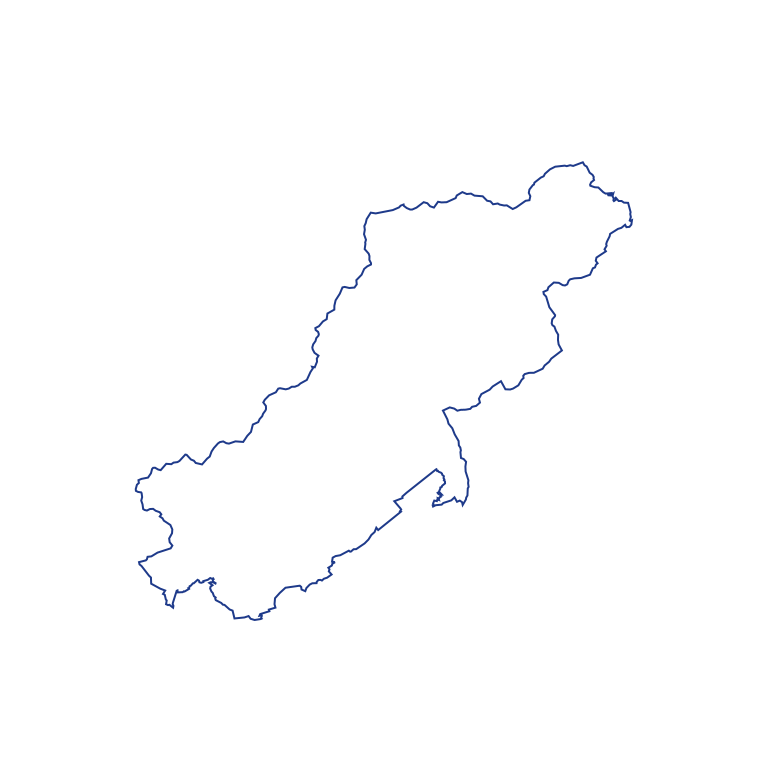 Manastirea Casin, Bacau, Romania, rotated 155°
{"feature_id": "2599482B49837336791964", "entity_name": "Manastirea Casin", "entity_type": "district", "adm_level": 2, "iso_a3": "ROU", "parent_name": "Romania", "parent_adm1": "Bacau", "projection": "robinson", "projection_center": [26.602, 46.097], "detail": "fine", "context": "isolated", "style": "outline", "palette": "blue", "viewbox_px": 768, "rotation_deg": 155, "n_neighbors": 0, "source": "geoboundaries", "source_scale": "gbopen_adm2", "svg_char_len": 6140}
<svg xmlns="http://www.w3.org/2000/svg" viewBox="0 0 768 768"><g transform="rotate(155 384 384)"><path d="M335.1,535.4L336.2,531.9L338.8,528.2L339.4,522.3L341.3,520.1L341.6,518.9L344.5,514.4L342.8,508.6L343.1,506.1L344.8,502.7L344.7,499.0L345.3,497.8L349.4,497.7L353.3,496.7L358.1,492.5L365.2,489.8L366.6,485.8L370.0,483.9L374.9,485.7L378.6,488.6L380.8,489.1L385.9,484.5L392.5,480.3L395.9,475.9L397.6,472.4L405.5,471.8L408.5,467.0L412.9,466.5L418.5,463.9L422.6,463.7L423.1,461.8L421.7,459.1L422.0,456.7L423.0,455.5L426.0,454.2L427.9,451.9L431.4,449.9L433.5,447.5L434.0,445.5L433.8,441.6L431.4,437.3L434.1,435.5L435.3,432.5L439.7,428.4L441.9,430.0L441.9,428.2L445.5,426.0L452.2,420.3L459.6,419.8L462.2,419.0L466.0,419.2L468.8,420.5L472.2,420.1L475.3,420.7L480.0,424.1L481.8,424.5L485.5,422.2L492.9,422.3L498.7,420.1L501.2,418.3L500.3,414.0L501.5,411.2L502.6,410.1L506.1,408.2L508.0,406.3L511.5,404.8L514.1,402.6L520.0,402.7L524.8,396.8L529.8,394.8L536.1,391.0L542.9,394.8L549.7,395.5L551.9,397.0L554.0,399.9L557.3,400.7L559.6,400.3L565.2,397.9L568.8,395.7L572.6,391.9L575.9,391.1L582.9,388.0L588.0,392.0L588.7,394.8L590.9,397.2L592.8,403.2L593.9,404.0L601.9,400.7L604.2,400.5L608.0,401.7L610.6,401.2L615.1,403.7L622.8,400.3L624.8,401.9L626.9,404.9L628.7,405.6L630.1,405.0L632.9,401.6L637.4,398.9L643.9,400.5L647.2,400.6L648.0,397.9L650.5,397.1L653.4,393.7L654.0,392.0L652.5,390.1L649.9,388.4L649.8,387.5L651.0,383.7L653.3,380.9L653.7,377.0L655.1,372.5L654.2,371.0L652.3,369.5L649.0,369.6L646.0,368.4L644.5,365.6L641.5,362.6L640.9,360.0L643.2,358.7L641.5,355.9L641.3,353.2L637.2,346.5L637.3,341.7L639.2,338.3L644.0,334.8L645.1,331.2L644.1,327.0L646.8,325.2L660.5,326.9L667.7,326.1L671.3,327.3L673.0,325.3L674.4,324.8L681.3,326.1L681.8,323.8L680.7,321.6L678.0,309.6L677.0,307.1L679.4,301.4L673.3,293.1L669.6,289.3L673.0,287.1L671.8,285.6L672.8,280.8L672.4,279.7L674.6,276.5L673.2,274.9L671.8,274.6L669.7,270.4L668.6,271.9L668.5,273.9L667.8,274.9L659.3,284.2L658.4,284.2L659.0,282.3L654.4,280.4L653.0,280.7L652.5,280.2L647.3,280.7L647.5,281.6L646.8,281.5L645.6,282.9L644.5,282.8L641.4,284.1L640.6,283.8L635.7,285.3L634.8,284.0L635.1,282.3L633.7,281.1L631.4,280.8L631.1,281.7L626.4,281.0L623.5,281.6L622.2,280.1L621.0,280.1L620.9,279.1L621.7,278.9L622.6,277.5L620.8,274.7L621.1,274.4L622.6,276.5L624.9,277.6L626.4,277.6L624.5,274.1L626.9,273.6L628.0,272.1L628.1,268.8L627.5,267.1L627.8,263.5L626.8,261.6L627.7,260.8L627.8,259.2L624.0,254.3L623.3,252.1L621.9,251.2L619.2,244.9L617.0,242.6L618.6,234.7L609.1,231.4L604.8,230.9L604.1,227.6L601.0,224.8L595.1,223.1L594.1,223.1L594.3,223.8L592.7,225.5L592.6,226.1L594.8,226.6L593.4,227.8L583.9,226.5L583.7,228.2L576.9,227.2L576.3,230.7L573.3,235.9L566.7,238.7L559.4,241.0L545.6,236.8L544.8,235.1L545.6,232.6L542.9,229.5L540.5,231.9L536.1,233.6L533.2,233.7L529.3,232.0L528.6,233.1L526.3,234.1L524.2,233.2L523.3,232.1L520.8,232.9L517.4,232.5L512.0,233.5L513.2,237.5L511.7,239.1L512.1,241.0L508.0,241.5L506.8,242.9L504.5,243.1L504.4,243.7L506.2,244.9L503.9,248.3L500.6,248.5L496.0,247.3L486.3,247.8L485.6,246.4L484.8,246.1L481.4,247.1L479.0,246.1L469.0,247.7L463.8,249.6L459.3,252.5L455.1,253.8L451.7,257.0L451.0,254.1L422.7,261.1L423.3,261.9L421.5,262.9L421.6,264.1L424.2,273.4L415.4,272.8L414.9,274.3L409.5,275.9L373.1,284.6L372.5,284.6L372.6,282.7L371.8,282.5L371.6,281.4L369.8,279.5L369.3,278.3L369.6,277.2L368.7,275.1L369.8,273.6L369.6,272.0L370.4,271.5L369.9,270.0L370.7,268.1L374.3,267.2L375.2,266.3L376.7,266.4L377.0,265.6L380.0,262.9L381.4,262.7L381.1,261.4L379.3,262.0L378.4,259.4L378.8,259.6L379.1,258.8L379.7,259.4L379.6,258.9L380.3,258.7L380.3,257.8L381.7,257.7L382.4,256.9L383.3,257.7L383.3,255.7L384.5,256.8L385.6,255.5L387.7,257.1L390.0,255.0L390.0,253.8L391.1,253.6L391.3,252.2L388.4,252.3L382.7,250.3L380.5,251.1L372.2,250.1L368.0,251.5L367.6,246.4L364.6,246.3L363.2,243.9L363.8,241.1L358.6,244.7L357.5,246.3L355.5,247.7L352.2,254.0L350.8,255.0L349.7,258.6L348.2,261.1L347.0,270.2L345.1,274.8L342.5,278.8L343.5,282.3L345.5,284.4L343.5,290.0L342.4,291.3L341.7,294.1L342.1,296.7L340.5,300.8L341.2,308.5L340.8,315.0L342.3,320.8L341.5,325.1L341.8,335.0L334.3,335.0L330.7,332.0L328.8,328.8L325.5,328.2L320.8,326.2L316.3,325.0L313.8,326.1L309.7,325.2L304.9,326.6L304.2,330.5L300.0,333.7L290.6,334.2L286.6,335.8L276.8,337.1L276.2,327.9L272.0,325.7L269.0,325.3L262.8,326.0L257.3,329.7L255.0,330.4L254.3,332.6L252.3,333.5L247.8,332.8L243.4,330.8L233.7,330.8L230.6,332.9L224.9,334.4L221.7,336.3L208.6,339.2L209.0,346.1L207.7,350.4L205.3,355.1L205.7,359.6L205.3,364.0L206.5,366.1L206.4,368.1L204.2,371.5L200.5,373.1L199.8,374.1L201.7,383.7L200.1,394.7L201.2,397.9L200.6,400.1L196.2,400.0L194.1,402.2L187.2,404.2L182.8,401.8L180.3,398.1L178.3,396.8L175.8,396.9L173.0,399.5L171.0,400.2L166.8,399.3L160.5,396.8L151.1,396.0L145.8,400.6L143.5,400.5L141.4,402.6L139.4,403.1L140.0,406.2L138.0,408.8L126.8,410.5L127.2,412.9L123.8,415.2L123.5,416.9L121.9,418.7L117.1,422.5L115.6,424.5L106.4,425.7L102.9,425.2L98.2,426.4L98.0,423.7L95.1,422.7L92.5,423.9L90.0,427.7L91.8,427.7L92.2,428.3L89.7,431.0L89.0,434.0L87.9,435.5L86.2,445.0L89.9,447.0L91.3,449.4L94.0,450.7L95.2,454.9L95.7,454.7L95.4,453.7L95.8,453.0L98.3,452.6L98.5,453.4L97.4,455.1L97.5,457.7L95.8,459.7L98.7,459.0L100.9,460.2L100.9,460.9L99.0,460.4L97.7,461.1L102.7,462.9L104.2,465.1L106.7,471.5L109.9,473.3L113.2,476.5L113.0,477.5L111.1,479.2L107.4,480.1L107.3,481.6L106.4,483.0L106.6,485.4L108.3,488.6L108.4,495.4L109.8,497.5L110.1,500.9L120.4,501.7L122.8,503.6L126.3,504.2L127.9,505.5L137.0,508.6L142.8,508.4L149.3,506.5L151.5,504.8L154.6,504.8L162.6,502.9L163.8,501.4L165.1,501.3L170.0,498.8L172.0,496.0L172.0,492.4L174.5,489.1L178.2,490.2L189.4,488.2L193.4,488.2L197.2,494.0L199.7,495.0L203.3,497.7L204.6,499.5L209.2,500.8L210.3,504.5L213.1,506.5L215.2,512.4L222.4,516.5L224.7,519.8L228.7,521.2L231.9,524.8L238.4,524.1L240.5,522.2L250.4,522.3L255.2,524.3L258.0,526.3L264.2,522.8L267.1,525.6L268.3,529.5L271.2,532.0L280.0,530.1L284.7,530.2L286.6,531.1L289.0,533.8L290.7,537.0L290.4,538.4L293.6,538.6L295.7,537.7L302.5,537.9L319.4,542.1L323.6,544.9L330.1,540.7L332.6,537.5L335.1,535.4Z" fill="none" stroke="#1e3a8a" stroke-width="2"/></g></svg>